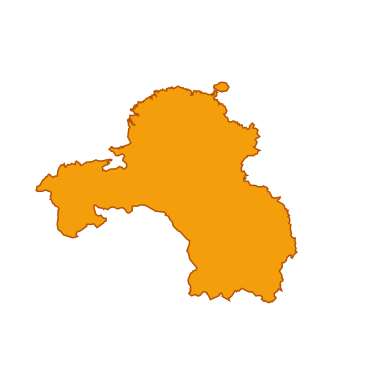 SVG path tracing the border of China, rotated 215°
{"feature_id": "CHN", "entity_name": "China", "entity_type": "country or territory", "adm_level": 0, "iso_a3": "CHN", "parent_name": "Asia", "parent_adm1": "", "projection": "albers", "projection_center": [106.815, 35.887], "detail": "fine", "context": "isolated", "style": "filled", "palette": "amber", "viewbox_px": 384, "rotation_deg": 215, "n_neighbors": 0, "source": "natural_earth", "source_scale": "50m", "svg_char_len": 6098}
<svg xmlns="http://www.w3.org/2000/svg" viewBox="0 0 384 384"><g transform="rotate(215 192 192)"><path d="M217.4,281.6L216.2,280.7L213.9,281.0L211.8,279.2L210.1,278.8L209.4,275.7L210.7,274.1L207.2,272.9L205.5,273.2L202.4,270.6L200.1,271.8L199.1,273.7L197.4,274.4L196.1,273.8L194.9,275.3L193.2,273.8L192.5,274.9L191.4,273.8L189.6,275.6L186.8,273.7L184.8,275.9L182.5,275.1L181.4,276.4L182.5,279.0L182.2,283.0L179.5,282.6L178.8,279.3L176.0,280.8L173.4,280.6L172.4,277.2L168.3,276.2L170.5,271.5L167.1,269.9L166.4,265.5L167.3,264.3L163.9,264.1L160.3,265.0L161.3,263.2L160.5,260.7L161.8,259.3L162.4,257.1L167.2,253.8L166.8,252.5L167.5,251.9L168.1,248.8L168.0,243.5L167.0,242.9L166.2,243.5L165.4,239.9L163.4,237.5L162.7,237.4L161.5,239.0L157.9,237.2L156.2,237.3L157.9,235.4L157.4,233.5L155.8,234.2L155.8,233.2L157.1,232.3L155.6,230.9L152.0,233.0L148.3,230.9L143.4,233.9L140.7,234.1L137.1,236.9L137.1,237.8L133.3,238.6L131.6,238.1L131.8,237.1L130.0,235.9L128.6,236.4L123.1,233.5L120.7,234.5L116.9,238.4L116.4,237.0L117.2,234.2L116.4,233.5L110.9,234.2L108.5,233.6L106.1,231.4L104.8,232.3L103.6,230.9L102.7,231.9L101.5,229.4L98.7,228.6L99.3,227.0L97.4,226.7L95.0,224.0L94.8,222.0L92.1,221.6L90.6,218.6L86.6,214.8L86.1,213.0L83.0,212.2L81.1,213.5L79.5,210.8L77.4,209.2L77.5,207.8L74.3,205.2L73.5,202.8L71.6,202.9L72.6,199.1L71.9,195.3L73.5,195.3L74.2,197.0L75.8,196.5L76.6,192.5L75.5,190.1L76.0,187.0L77.7,185.6L75.1,182.6L74.9,178.8L75.4,177.5L71.2,175.7L69.4,174.1L69.3,173.0L67.5,172.9L66.7,171.2L67.6,169.3L67.5,167.6L65.8,166.4L65.8,165.3L61.9,162.6L65.7,162.2L65.1,160.6L66.4,155.9L64.5,153.6L63.2,153.9L62.3,153.2L63.3,148.1L64.7,147.7L64.8,146.4L66.0,145.2L70.1,144.7L70.4,143.8L73.7,144.0L73.7,146.0L76.5,146.6L80.2,143.5L85.5,144.8L87.0,143.3L88.9,142.7L96.0,141.6L96.7,137.9L98.6,137.1L98.3,135.9L100.1,135.7L99.8,129.7L100.5,127.1L101.3,126.3L99.1,124.6L107.2,123.8L107.9,125.2L110.2,126.0L111.0,124.3L110.1,123.0L115.2,114.4L118.8,116.6L121.4,117.2L121.7,118.2L124.8,117.4L125.7,116.4L126.0,112.4L127.2,110.3L130.8,109.7L132.8,106.7L136.4,107.0L136.5,108.0L135.8,108.6L136.9,109.8L136.4,110.7L138.3,112.1L138.4,113.1L140.0,114.7L141.7,114.8L144.7,117.5L146.5,124.5L145.7,126.2L145.9,127.7L144.0,130.5L144.5,132.6L155.3,135.7L159.8,139.9L162.4,140.7L162.2,142.1L163.0,142.7L163.9,146.9L165.8,150.5L169.4,150.5L179.0,152.7L181.3,152.2L187.8,153.4L190.6,155.9L194.5,156.9L197.3,158.6L200.8,157.9L200.7,159.2L202.8,159.7L210.7,155.5L221.9,154.5L226.4,152.3L228.9,148.8L232.8,146.3L230.3,142.5L231.1,139.6L232.2,138.1L234.4,138.1L235.7,139.0L239.4,139.6L241.4,138.1L243.2,135.5L247.8,134.7L249.8,132.8L251.0,129.3L254.1,128.6L254.4,127.2L255.7,127.5L260.0,125.5L262.1,126.1L264.2,125.5L264.2,124.4L263.2,122.7L257.7,118.4L254.8,118.7L253.3,120.9L250.8,119.8L248.7,120.1L247.5,121.2L246.3,120.2L245.8,118.7L246.7,117.9L246.7,116.0L249.4,108.3L254.2,109.6L256.2,107.4L259.2,105.7L259.4,104.4L258.6,103.8L261.1,96.4L263.3,93.1L262.6,90.5L260.2,89.9L263.2,86.2L272.5,83.2L277.3,84.7L278.2,84.2L280.5,84.7L283.8,88.1L287.4,94.9L289.3,96.9L289.8,98.9L291.0,99.5L291.3,101.9L293.3,102.9L296.0,102.1L297.7,103.1L299.3,102.7L302.7,104.9L304.1,104.8L304.4,106.3L305.8,107.5L306.0,109.5L307.5,111.1L313.2,109.5L315.2,106.6L319.2,103.8L320.8,104.1L320.8,105.5L322.1,107.1L320.5,110.1L321.0,116.5L320.2,119.1L320.3,120.8L319.5,121.7L319.7,123.9L319.2,124.7L314.3,124.1L313.2,126.5L311.5,127.8L313.8,132.0L314.8,136.1L314.7,139.1L312.3,140.8L313.0,141.3L313.0,141.9L311.5,140.9L311.2,140.0L309.7,139.7L309.6,143.2L308.0,143.8L306.8,146.4L303.2,147.5L304.7,149.6L304.4,151.0L300.0,151.0L298.7,149.8L297.8,150.3L295.6,155.8L291.3,159.4L289.1,163.1L286.4,163.8L283.1,166.1L279.8,170.0L278.4,170.5L278.4,171.4L276.4,172.5L275.9,171.4L278.4,169.9L278.0,169.3L278.7,168.1L276.3,168.5L276.1,167.5L277.1,166.8L277.0,165.6L278.1,164.7L279.7,161.1L277.3,158.5L277.0,159.4L274.5,159.4L272.0,163.9L267.5,167.4L266.1,171.1L263.1,172.2L261.8,171.3L260.7,172.0L260.0,174.8L260.6,176.4L262.4,177.7L266.8,178.1L267.7,180.0L267.4,182.4L269.1,183.3L271.2,183.0L273.1,179.5L275.2,178.2L279.7,179.9L281.5,179.2L284.4,179.5L283.7,181.7L284.2,182.4L283.5,183.2L281.5,182.7L277.7,185.4L276.6,185.5L277.1,186.6L276.3,186.9L276.2,188.6L275.1,189.3L274.6,188.2L274.0,188.5L273.6,189.0L274.6,189.7L271.1,194.4L270.2,197.3L276.0,200.1L279.9,207.3L280.2,209.5L282.8,210.6L283.5,212.1L285.6,213.4L286.0,214.5L285.5,214.6L283.3,214.0L281.4,214.2L279.0,213.1L276.7,214.4L280.1,213.7L280.5,214.6L285.3,217.0L286.4,218.4L286.8,219.3L284.6,220.4L282.3,223.1L280.1,223.5L278.9,224.5L280.4,224.0L281.2,224.9L284.2,223.4L286.6,225.0L288.8,225.4L286.2,228.2L288.0,227.0L288.5,227.8L288.6,229.9L287.5,229.4L286.2,230.3L287.5,231.2L286.8,231.4L287.5,231.8L286.8,233.2L287.8,235.2L286.1,235.9L285.4,235.4L284.6,237.2L283.6,237.6L284.1,238.2L283.1,240.3L283.3,241.2L281.0,246.3L280.2,246.6L279.7,245.2L279.2,246.0L278.5,245.7L280.4,248.2L278.4,250.2L276.6,250.0L277.8,250.9L279.3,250.4L279.8,254.0L277.3,254.0L278.1,255.2L276.4,255.5L276.3,257.3L274.9,258.0L275.1,259.3L272.1,259.6L270.8,260.6L272.1,261.9L270.1,264.6L269.2,264.6L268.8,266.2L268.3,265.5L267.3,266.4L266.3,266.1L264.3,270.5L259.8,271.5L259.0,272.3L257.3,271.9L255.5,273.3L254.3,272.5L253.9,273.9L250.9,274.2L248.6,272.3L248.5,270.7L247.9,270.9L247.0,272.1L248.3,273.9L248.5,276.1L246.3,277.2L245.9,276.4L245.3,278.2L243.3,279.1L241.9,278.0L241.7,279.4L239.6,278.9L237.8,280.7L234.5,281.1L232.1,283.0L231.2,282.3L229.8,284.7L231.0,285.3L230.8,286.3L231.9,287.1L231.0,288.5L228.4,288.2L228.8,287.6L227.0,284.9L228.4,281.5L226.4,280.3L226.3,281.3L224.0,282.0L223.8,281.0L221.9,280.8L220.2,279.2L220.4,280.8L219.4,280.5L217.4,281.6ZM234.2,290.1L235.0,292.1L232.9,294.3L231.9,297.6L229.8,299.4L226.6,300.8L221.9,299.1L221.6,294.6L225.0,291.8L224.4,291.8L224.9,291.1L230.1,289.9L232.5,290.3L232.8,289.3L234.2,290.1ZM286.2,215.8L284.4,215.7L282.7,214.4L283.9,214.5L286.2,215.8ZM289.7,224.7L288.3,224.6L287.9,223.8L289.6,224.0L289.7,224.7ZM280.8,252.7L280.1,253.7L280.1,252.5L280.8,252.7ZM230.5,284.3L231.8,283.8L231.8,284.5L230.5,284.3Z" fill="#f59e0b" stroke="#b45309" stroke-width="1.5"/></g></svg>